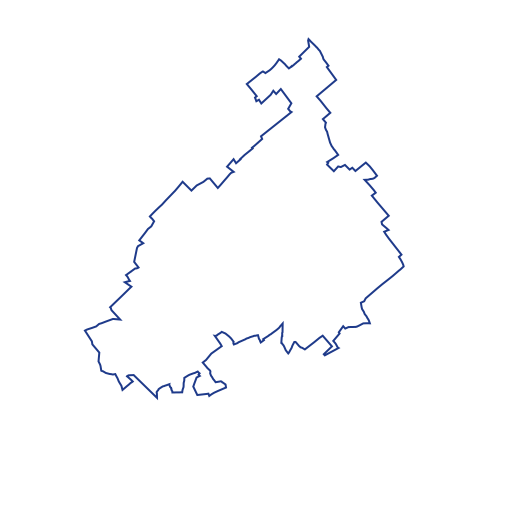 the district of Yaxcabá, Yucatán, Mexico, rotated 225°
{"feature_id": "50627088B72724405563530", "entity_name": "Yaxcabá", "entity_type": "district", "adm_level": 2, "iso_a3": "MEX", "parent_name": "Mexico", "parent_adm1": "Yucatán", "projection": "albers", "projection_center": [-88.743, 20.484], "detail": "fine", "context": "isolated", "style": "outline", "palette": "blue", "viewbox_px": 512, "rotation_deg": 225, "n_neighbors": 0, "source": "geoboundaries", "source_scale": "gbopen_adm2", "svg_char_len": 6068}
<svg xmlns="http://www.w3.org/2000/svg" viewBox="0 0 512 512"><g transform="rotate(225 256 256)"><path d="M132.6,249.3L133.5,249.1L137.2,250.2L138.4,250.4L141.3,250.6L142.1,260.3L143.5,260.6L144.7,268.0L141.6,267.8L140.3,271.2L135.2,276.5L135.1,277.0L134.7,277.4L133.8,280.0L132.5,284.2L130.2,286.7L127.9,288.9L130.4,290.1L131.8,290.6L133.0,290.8L135.3,291.5L138.1,291.8L140.3,292.8L143.5,293.5L145.0,294.4L148.8,297.1L147.5,300.5L148.5,303.6L147.4,318.4L146.8,325.0L145.8,333.2L145.2,338.5L144.6,346.9L144.4,348.3L144.2,353.0L145.3,353.7L146.7,354.3L148.3,354.9L151.8,355.9L154.3,356.4L154.2,358.1L154.1,359.8L174.5,362.3L176.2,362.6L178.9,363.0L182.5,363.8L180.7,368.1L183.1,368.0L185.5,367.8L187.6,367.6L189.2,367.5L191.4,368.9L190.6,378.3L208.1,379.7L216.8,380.6L216.1,385.4L219.4,385.9L225.9,386.4L233.0,386.7L230.7,389.2L229.6,391.3L229.1,391.8L228.0,393.3L227.4,394.9L227.2,398.3L234.2,399.3L239.0,399.8L244.4,399.7L245.1,393.2L245.8,386.4L250.3,386.5L250.9,383.3L257.5,383.3L258.9,378.9L261.2,377.4L260.9,371.0L270.4,370.9L270.8,372.9L272.1,372.8L270.5,379.6L269.4,385.6L275.6,386.6L276.1,386.5L278.5,387.0L280.4,387.3L280.9,387.5L283.9,388.6L285.3,389.4L286.2,389.9L288.2,391.0L289.6,391.8L291.6,392.9L293.7,394.2L295.2,394.5L296.7,395.1L298.3,395.9L299.1,397.0L300.3,398.5L300.5,399.0L300.8,399.7L303.2,399.9L305.5,400.1L304.7,409.8L310.8,410.3L320.1,411.4L326.0,411.8L323.8,437.2L339.5,439.7L339.3,441.8L343.3,442.4L346.9,442.8L347.4,442.9L348.1,443.2L349.6,444.1L350.8,444.5L352.6,445.1L354.1,445.6L355.9,446.2L357.5,446.2L359.0,446.4L359.6,446.4L360.0,446.5L360.6,446.5L361.7,446.4L362.3,446.5L368.9,446.4L370.5,446.5L371.7,446.5L372.2,446.5L371.5,445.2L366.3,441.5L366.4,427.5L365.6,427.4L364.5,427.4L363.7,427.3L363.7,426.6L363.8,426.0L363.9,424.0L364.1,422.3L364.2,421.6L364.2,420.4L364.4,418.8L364.4,417.7L364.7,415.3L365.0,415.4L365.2,412.9L365.4,411.9L366.4,411.9L369.2,411.9L370.1,412.0L371.1,412.1L373.7,412.0L376.5,411.9L377.9,411.6L378.8,411.4L378.4,409.5L378.3,408.6L378.0,407.2L377.6,404.1L377.5,401.8L377.5,400.7L377.5,399.2L377.7,396.9L377.9,395.9L378.7,392.0L379.1,392.0L379.4,391.9L381.6,391.4L381.8,390.8L382.2,388.9L382.4,387.4L382.8,382.4L383.3,378.2L383.5,376.2L383.8,374.0L383.8,373.6L384.1,371.1L376.4,370.4L368.5,369.5L368.7,367.3L367.1,366.6L365.2,365.7L364.4,368.6L360.1,367.6L359.6,380.3L359.9,381.8L360.6,385.1L356.3,384.8L356.5,391.6L339.0,389.0L337.3,382.8L334.1,382.5L332.7,382.9L334.6,366.1L337.1,344.2L334.4,343.1L335.1,332.1L335.4,329.8L334.4,329.7L335.5,319.5L335.7,313.3L335.3,313.3L335.7,307.5L340.3,308.6L339.6,298.7L331.3,299.7L332.1,297.9L332.4,297.0L332.4,296.3L332.4,295.2L332.0,290.8L331.8,287.6L331.3,281.0L331.1,277.1L343.5,278.2L345.1,276.3L345.6,271.2L347.8,264.0L347.9,256.6L360.4,256.6L360.0,252.8L359.6,248.3L359.3,244.6L359.3,243.0L359.1,231.8L358.8,225.8L359.0,222.0L359.1,217.3L359.1,213.1L359.0,208.9L357.4,208.8L355.9,208.9L352.6,208.5L351.0,202.9L351.5,198.7L350.8,194.1L349.6,184.5L344.8,185.3L346.4,179.5L345.8,177.5L338.0,165.7L330.9,164.8L331.0,164.3L331.3,163.5L331.9,162.5L332.6,161.8L334.4,150.6L332.6,150.5L332.4,150.5L332.1,150.4L331.3,150.2L329.4,149.6L327.5,149.2L328.3,147.9L328.9,147.0L330.2,144.7L322.4,146.2L322.5,142.7L322.6,132.1L322.9,116.6L322.0,116.6L320.5,115.8L319.8,115.5L307.1,115.0L312.6,110.4L313.8,107.8L315.8,103.5L317.7,99.2L318.9,97.0L319.2,93.2L321.1,89.2L323.0,85.5L323.6,84.2L324.2,82.3L311.7,79.6L309.2,77.8L298.5,76.9L292.8,70.1L289.5,69.0L288.2,68.3L284.3,65.5L283.3,65.9L282.7,66.3L279.5,67.1L276.2,69.0L274.5,70.3L273.8,70.7L273.3,71.1L272.0,73.0L269.9,72.3L267.4,71.6L264.4,70.3L262.1,69.7L260.4,69.3L259.6,69.1L259.3,69.0L255.7,66.9L255.3,71.8L255.3,72.1L255.0,75.1L254.9,77.5L254.5,79.2L254.4,80.1L256.8,80.1L258.5,80.0L261.8,79.8L262.1,79.7L262.2,80.1L261.6,81.7L258.3,85.3L225.7,85.7L229.1,88.9L229.6,89.1L229.9,89.4L230.0,89.5L230.1,90.0L230.3,91.0L230.3,91.9L230.7,93.0L230.5,94.4L230.3,95.2L230.2,95.7L230.2,95.9L230.1,96.2L230.1,96.3L229.7,97.9L229.4,98.4L229.0,99.0L228.8,99.6L228.4,100.4L228.2,100.8L227.7,101.7L227.6,102.1L227.2,102.8L227.0,103.3L226.7,103.9L226.6,103.7L226.4,103.6L226.2,103.7L225.4,103.3L225.1,103.1L224.1,102.7L223.4,102.7L223.2,102.7L222.9,102.8L222.2,102.2L221.7,102.2L221.3,101.8L221.2,101.6L220.3,101.3L219.6,101.2L219.2,100.9L218.8,100.6L218.6,100.4L218.4,100.6L211.8,107.4L213.2,109.3L214.0,110.9L214.4,111.8L215.1,112.7L217.4,115.1L218.6,117.1L219.7,118.3L220.5,119.1L220.3,120.1L219.4,123.9L219.0,125.1L217.3,128.8L216.6,130.0L215.5,133.1L214.4,133.0L212.9,133.1L212.7,131.4L212.1,131.3L211.0,131.4L212.1,128.1L209.4,122.2L208.0,119.3L199.2,116.2L193.4,123.5L192.3,125.0L190.1,124.0L189.8,126.0L189.5,127.5L188.9,129.8L187.5,133.6L184.2,141.8L186.7,143.6L190.2,143.0L190.6,142.8L191.3,142.9L192.2,142.6L195.3,138.2L197.8,138.6L199.3,138.7L201.4,139.3L203.2,139.6L205.4,140.6L206.6,142.1L207.4,142.5L211.3,142.4L212.9,142.6L218.3,143.0L217.8,147.2L218.6,155.4L216.5,168.0L219.4,168.8L228.6,170.4L228.3,170.6L227.5,172.2L227.6,172.4L227.5,172.9L227.5,173.3L226.7,176.7L226.6,178.1L222.8,179.6L218.1,180.1L215.3,180.1L211.1,179.5L210.7,178.7L210.3,178.3L209.9,178.1L209.1,177.8L207.5,181.3L207.4,182.5L204.6,189.7L204.4,190.8L203.9,191.8L203.4,192.7L202.8,194.4L202.3,195.4L201.3,197.2L200.9,198.2L200.5,198.7L200.0,199.2L199.3,200.4L198.6,201.4L196.8,200.4L196.2,200.0L195.2,199.5L193.6,199.2L193.4,199.0L193.0,198.8L192.9,198.7L191.5,198.2L190.9,202.1L192.1,202.3L190.7,208.6L190.7,209.7L190.3,210.8L190.2,211.2L190.1,212.2L189.6,215.4L189.2,217.9L189.0,220.0L188.9,221.9L189.2,223.4L189.2,223.9L189.4,227.1L183.3,220.8L183.1,220.1L181.4,218.5L181.4,218.3L180.7,217.9L180.5,216.9L176.6,212.4L175.6,212.7L174.9,212.3L173.4,212.3L171.6,211.7L168.3,210.4L164.3,209.9L164.4,211.0L165.3,214.0L165.7,215.7L166.0,216.5L166.9,218.4L168.1,222.3L167.4,223.1L167.0,223.2L161.7,222.8L160.3,223.0L160.0,222.9L158.5,223.7L155.4,224.5L153.9,236.1L153.3,242.0L153.3,242.4L153.2,242.8L153.1,243.7L153.0,244.1L152.9,244.5L152.5,246.8L138.4,245.8L138.6,234.5L137.1,234.4L132.6,249.3Z" fill="none" stroke="#1e3a8a" stroke-width="2"/></g></svg>